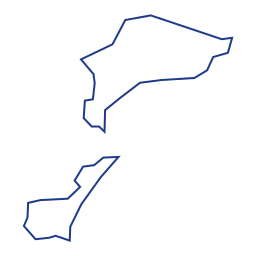 the border of Caloocan
{"feature_id": "PHL-5545", "entity_name": "Caloocan", "entity_type": "Highly Urbanized City", "adm_level": 1, "iso_a3": "PHL", "parent_name": "Philippines", "parent_adm1": "", "projection": "robinson", "projection_center": [121.026, 14.697], "detail": "fine", "context": "isolated", "style": "outline", "palette": "blue", "viewbox_px": 256, "rotation_deg": 0, "n_neighbors": 0, "source": "natural_earth", "source_scale": "10m", "svg_char_len": 591}
<svg xmlns="http://www.w3.org/2000/svg" viewBox="0 0 256 256"><path d="M150.7,15.4L221.7,39.2L232.1,37.8L227.9,52.8L213.2,57.0L207.1,70.3L194.3,78.0L161.3,80.0L139.9,82.8L119.8,98.2L105.1,110.1L104.5,131.7L99.0,126.5L91.7,126.5L83.7,118.1L84.9,100.6L92.9,99.3L94.7,83.2L93.5,74.1L81.0,59.4L112.5,44.3L125.3,20.0L150.7,15.4ZM23.9,226.0L27.5,217.6L28.1,202.9L40.4,200.1L67.8,198.7L80.1,186.9L74.6,180.6L83.1,166.6L94.1,165.2L103.3,157.6L118.5,156.9L100.8,177.1L81.3,204.3L70.3,226.7L69.7,240.6L55.6,235.8L48.9,237.8L35.5,239.2L23.9,226.0Z" fill="none" stroke="#1e3a8a" stroke-width="2"/></svg>